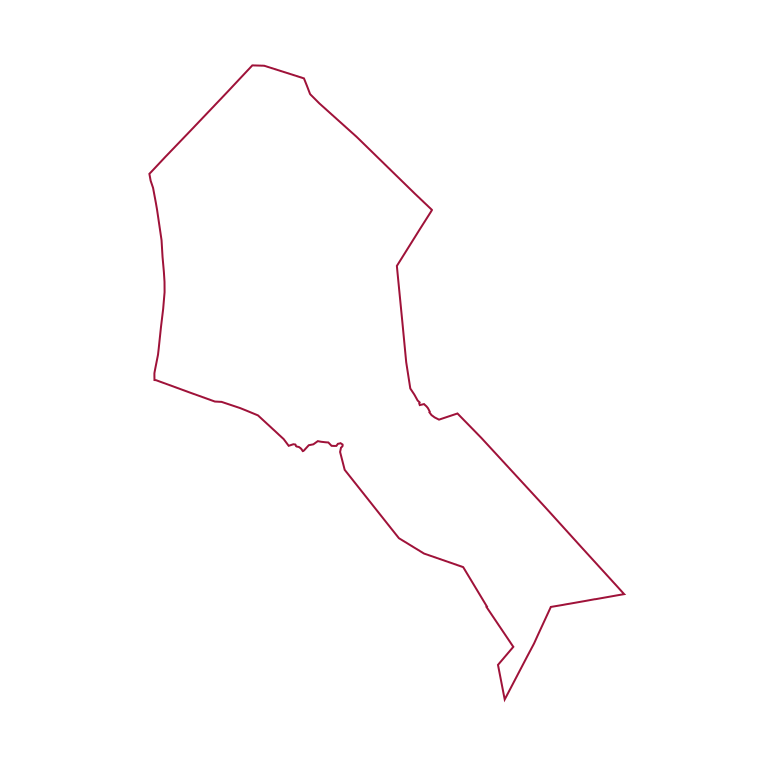 outline of Ad Damar, River Nile, Sudan, rotated 225°
{"feature_id": "16777658B48152145505779", "entity_name": "Ad Damar", "entity_type": "district", "adm_level": 2, "iso_a3": "SDN", "parent_name": "Sudan", "parent_adm1": "River Nile", "projection": "orthographic", "projection_center": [33.881, 17.119], "detail": "fine", "context": "isolated", "style": "outline", "palette": "rose", "viewbox_px": 768, "rotation_deg": 225, "n_neighbors": 0, "source": "geoboundaries", "source_scale": "gbopen_adm2", "svg_char_len": 1956}
<svg xmlns="http://www.w3.org/2000/svg" viewBox="0 0 768 768"><g transform="rotate(225 384 384)"><path d="M65.6,405.2L65.8,405.2L77.2,405.8L81.9,406.0L90.4,406.4L129.4,408.2L182.1,410.8L276.8,414.7L311.2,415.1L319.9,397.7L324.5,396.2L328.4,395.6L331.9,396.1L332.1,396.8L334.3,397.5L335.9,398.0L337.9,398.2L338.8,398.2L340.7,398.1L341.5,398.1L342.9,395.8L343.8,394.4L345.4,395.2L345.8,396.2L348.5,396.1L355.2,398.0L362.2,399.4L383.7,415.1L414.6,440.6L419.6,444.7L452.6,471.8L458.4,476.6L468.3,519.6L472.6,538.9L473.1,540.9L473.2,541.0L496.6,540.4L577.9,539.4L628.1,536.7L640.4,536.7L641.4,536.8L649.0,540.2L656.7,543.5L693.8,524.3L702.4,516.2L701.2,478.0L699.9,425.0L699.2,389.4L698.6,370.3L698.5,366.7L692.7,362.7L686.0,359.4L673.3,350.7L667.9,346.9L661.7,342.3L643.0,328.4L630.5,317.3L618.9,307.6L611.4,301.0L604.1,293.8L593.3,281.0L582.0,266.6L568.4,249.8L564.5,244.9L556.4,232.8L554.7,230.3L553.9,229.2L552.7,228.0L549.1,224.5L547.9,225.5L544.0,227.3L540.8,228.8L515.6,240.5L491.2,252.0L486.2,256.5L468.8,265.2L462.7,267.8L450.9,272.7L423.4,273.8L422.9,273.8L416.0,274.1L407.7,272.9L406.4,275.5L405.5,277.3L403.9,278.5L403.1,278.3L402.4,277.9L401.6,278.0L400.7,278.6L399.6,279.3L398.8,279.4L397.8,279.6L396.3,279.6L395.4,279.4L394.0,279.1L393.7,279.6L393.6,280.4L393.6,281.0L393.7,282.8L393.8,285.2L393.9,287.5L391.3,291.4L390.4,296.8L389.5,297.4L387.6,298.7L384.2,301.4L382.0,303.3L377.4,303.2L375.4,305.0L373.9,306.6L374.2,308.3L374.3,309.1L373.3,310.6L372.9,311.4L370.5,311.9L369.5,311.0L369.3,309.6L369.4,308.6L367.0,304.9L351.1,295.5L277.6,287.0L264.4,285.5L235.8,292.4L198.5,310.5L153.8,299.4L153.9,298.8L132.4,294.6L116.5,291.5L107.4,289.7L106.7,289.6L104.8,266.0L75.6,246.3L76.6,249.6L80.4,261.7L84.2,273.8L90.1,292.6L94.4,306.6L97.5,314.8L108.3,344.1L108.4,344.3L101.5,354.0L99.1,357.5L97.3,360.0L87.5,374.0L84.4,378.5L82.6,381.1L82.2,381.5L72.7,395.1L69.5,399.7L65.6,405.2L65.6,405.2Z" fill="none" stroke="#9f1239" stroke-width="2"/></g></svg>